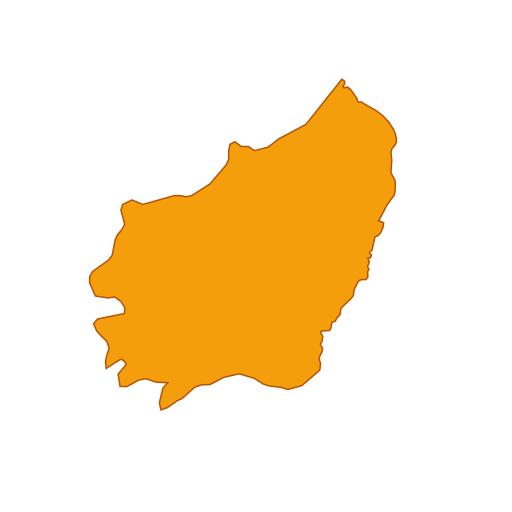 Świętokrzyskie, Natural Earth projection, rotated 318°
{"feature_id": "POL-3149", "entity_name": "Świętokrzyskie", "entity_type": "Voivodeship", "adm_level": 1, "iso_a3": "POL", "parent_name": "Poland", "parent_adm1": "", "projection": "natural_earth1", "projection_center": [20.88, 50.732], "detail": "fine", "context": "isolated", "style": "filled", "palette": "amber", "viewbox_px": 512, "rotation_deg": 318, "n_neighbors": 0, "source": "natural_earth", "source_scale": "10m", "svg_char_len": 2259}
<svg xmlns="http://www.w3.org/2000/svg" viewBox="0 0 512 512"><g transform="rotate(318 256 256)"><path d="M191.4,128.5L201.2,131.3L206.5,142.0L235.8,156.5L240.0,160.3L243.7,165.2L248.3,168.0L269.9,171.6L294.7,168.4L300.6,165.7L305.8,159.8L311.4,155.6L316.8,157.0L318.3,164.7L323.7,169.6L324.4,173.3L325.6,176.8L337.8,183.2L351.5,184.2L381.1,191.6L438.1,182.1L438.8,185.1L438.1,186.5L436.7,187.4L435.1,188.0L433.9,188.3L433.9,189.8L437.2,191.8L437.7,196.2L436.5,206.1L436.3,206.8L435.8,207.3L435.4,207.9L435.2,209.4L435.6,210.7L436.4,211.3L437.2,211.7L437.6,212.5L438.0,214.6L442.6,228.6L443.5,233.5L444.1,236.6L444.3,245.1L442.9,254.1L441.6,257.7L439.5,261.8L436.8,265.2L433.6,266.5L428.9,267.2L425.9,269.0L420.8,275.9L412.3,284.1L411.1,287.7L410.2,292.1L407.9,295.7L402.4,301.1L399.2,303.3L387.7,305.7L370.6,312.0L371.3,313.0L373.1,316.7L369.7,319.6L365.1,321.8L360.5,322.6L357.2,321.4L346.2,329.2L345.6,329.4L343.0,329.2L342.3,329.6L342.4,330.7L342.6,331.8L342.4,332.5L340.4,333.7L339.2,333.6L337.5,332.5L336.6,335.7L334.4,337.3L332.4,338.1L331.4,339.4L331.2,341.3L330.6,341.7L329.6,341.8L328.3,342.6L325.2,346.2L325.2,346.5L322.0,347.1L320.3,345.8L318.7,344.1L316.0,343.3L314.2,343.6L306.9,346.5L305.2,347.7L303.5,349.2L301.5,350.6L298.8,351.2L285.5,351.6L283.6,352.2L282.1,353.2L280.4,355.1L278.7,355.9L273.8,356.3L271.4,357.6L268.6,356.1L266.2,357.4L263.8,359.5L260.9,360.6L254.0,355.3L252.8,356.7L251.7,360.6L247.9,363.7L247.3,364.0L245.7,364.1L245.0,364.5L244.3,365.6L244.1,368.1L243.6,369.3L241.1,371.3L235.3,373.6L233.1,376.4L232.4,378.8L227.0,383.5L203.4,383.0L190.3,376.5L186.9,370.6L178.8,361.3L175.7,355.9L172.7,345.4L164.6,332.2L150.8,324.6L135.8,320.8L129.8,315.6L122.7,312.5L105.8,312.5L100.8,310.9L88.7,309.4L82.4,306.8L86.0,300.4L98.4,291.9L105.6,291.1L97.1,282.6L92.2,273.6L86.0,269.8L72.6,266.6L67.7,261.9L74.5,251.5L86.7,249.9L87.6,248.1L87.6,245.3L86.9,242.7L84.7,241.8L69.4,239.3L73.6,233.7L78.8,229.8L85.0,226.5L88.1,219.6L87.4,212.4L87.5,205.1L89.9,197.7L96.2,196.8L119.7,210.7L123.8,206.9L125.2,199.4L123.5,191.8L118.0,188.2L109.9,178.3L114.4,164.5L118.8,159.9L124.3,158.2L144.1,160.4L149.8,159.1L162.2,149.7L167.9,147.4L173.8,146.7L179.7,144.5L186.3,131.5L191.4,128.5Z" fill="#f59e0b" stroke="#b45309" stroke-width="1.5"/></g></svg>